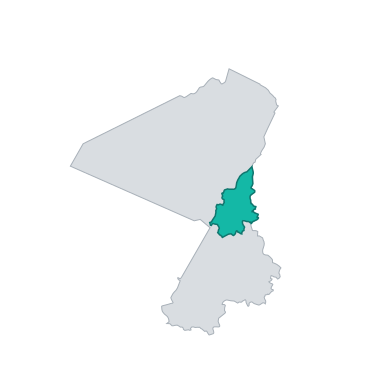 where Mopti sits in Mali, rotated 299°
{"feature_id": "MLI-2809", "entity_name": "Mopti", "entity_type": "Region", "adm_level": 1, "iso_a3": "MLI", "parent_name": "Mali", "parent_adm1": "", "projection": "orthographic", "projection_center": [-3.546, 14.53], "detail": "fine", "context": "in_parent", "style": "filled", "palette": "teal", "viewbox_px": 384, "rotation_deg": 299, "n_neighbors": 0, "source": "natural_earth", "source_scale": "10m", "svg_char_len": 6221}
<svg xmlns="http://www.w3.org/2000/svg" viewBox="0 0 384 384"><g transform="rotate(299 192 192)"><path d="M77.2,272.9L77.3,271.7L76.3,270.8L76.3,270.4L77.0,266.9L76.9,266.0L77.4,264.2L76.8,263.4L76.6,262.8L75.1,260.5L74.6,258.5L73.8,257.2L71.9,256.8L71.2,257.8L70.8,258.0L70.1,257.2L69.8,256.5L69.9,255.9L67.5,252.8L67.7,251.1L68.7,250.3L69.1,248.9L68.2,247.3L68.4,245.7L68.4,243.6L67.0,241.6L66.1,240.7L65.3,239.4L66.1,236.4L64.7,233.7L67.4,234.8L68.7,233.9L70.0,232.7L71.1,231.0L71.6,228.8L71.9,227.0L73.1,224.1L74.4,222.8L77.2,220.9L77.9,221.1L82.1,225.5L84.5,227.8L85.4,229.0L86.2,229.0L87.5,226.9L88.9,225.1L89.4,224.7L93.8,224.6L96.1,225.0L98.1,225.6L101.0,225.8L108.7,224.7L108.8,223.8L108.7,222.8L109.1,222.0L109.7,221.3L110.3,221.2L110.4,223.7L111.1,224.0L112.9,224.2L169.5,225.1L172.0,212.5L167.9,207.9L155.6,73.1L181.4,73.4L185.8,76.4L270.3,134.6L270.8,136.5L270.7,139.2L271.4,139.9L272.7,140.8L277.5,143.2L277.9,143.7L278.1,144.7L278.8,146.0L279.8,146.7L281.0,147.3L282.5,147.6L286.8,147.9L287.8,148.5L289.7,150.8L290.8,151.2L296.7,152.3L298.6,152.9L300.8,153.9L301.9,154.8L302.0,158.5L302.9,160.9L302.9,161.5L302.0,162.5L301.8,163.2L300.8,165.1L301.1,165.9L303.2,167.2L304.2,167.6L305.4,167.6L317.7,164.7L319.3,199.1L318.8,199.7L318.8,205.8L318.0,209.4L316.4,212.1L315.5,216.1L315.0,216.9L314.6,219.2L313.7,220.6L312.1,221.1L309.2,223.8L309.1,225.8L302.2,224.9L301.7,224.9L301.4,225.2L301.3,226.3L283.7,227.4L275.1,228.1L269.7,232.8L266.2,233.3L261.8,233.0L259.5,233.1L258.6,233.3L258.4,234.2L251.4,231.9L248.8,232.7L248.3,232.5L248.0,232.0L246.7,231.7L244.7,231.8L243.2,232.2L238.8,235.9L236.4,236.9L231.9,239.1L228.8,241.0L227.7,241.4L225.9,241.5L224.5,241.9L223.2,246.1L222.3,246.5L217.0,244.9L215.9,245.1L214.9,245.6L212.0,248.1L210.5,250.1L209.7,252.7L209.8,254.5L209.3,255.0L207.9,255.1L205.4,254.6L204.6,254.8L204.3,256.1L204.4,259.0L203.8,260.9L202.3,261.5L201.2,262.2L200.3,262.5L199.5,262.3L195.2,259.4L193.7,258.9L192.1,259.2L190.5,260.5L187.7,263.5L188.0,264.5L188.8,265.8L189.3,267.3L189.3,268.7L185.3,270.6L186.2,272.1L186.1,276.0L184.3,277.8L183.6,278.9L181.9,280.2L180.3,280.9L175.5,281.9L173.5,283.1L172.6,284.1L172.3,285.2L172.5,286.5L173.5,289.0L173.1,291.4L172.3,294.1L171.6,295.3L169.3,296.7L169.6,298.5L169.8,301.1L169.4,304.4L168.7,306.6L168.2,306.4L166.0,306.5L163.7,307.1L162.8,307.7L162.6,308.5L160.6,310.2L159.3,310.1L158.1,309.6L157.4,309.1L157.4,308.8L158.1,307.4L158.2,306.9L157.4,304.4L157.6,303.7L157.3,301.8L157.1,301.7L154.5,302.5L154.4,302.9L154.8,304.1L154.5,304.3L153.6,304.3L152.3,303.9L150.9,302.7L150.5,303.1L150.4,304.0L150.3,305.0L150.6,307.0L150.2,307.6L148.0,307.5L146.2,307.7L145.7,308.4L145.5,309.1L145.9,310.0L145.9,310.3L145.1,310.9L144.7,310.8L143.7,309.9L139.6,308.9L139.3,307.6L138.8,307.6L137.5,306.0L137.0,306.0L136.5,306.3L135.0,306.1L133.6,307.5L132.5,309.2L131.4,309.9L129.7,310.3L130.0,309.2L129.5,307.7L126.0,305.8L125.4,305.0L124.6,300.8L124.6,299.5L124.9,298.4L124.8,297.6L124.4,296.9L123.4,296.2L122.3,295.9L120.9,296.7L120.2,296.9L119.6,296.8L119.3,296.5L119.3,296.1L120.9,293.8L121.6,292.9L123.1,291.8L123.5,291.3L123.6,290.8L123.4,290.5L122.5,290.1L120.9,289.0L120.1,288.9L119.4,288.4L118.7,286.7L118.4,286.4L117.7,286.2L117.0,285.8L117.1,281.8L115.7,278.7L114.5,274.9L113.8,274.0L112.6,273.2L111.1,272.6L109.8,272.5L108.3,272.8L108.3,273.2L109.1,274.4L109.2,275.1L109.1,275.8L108.8,276.2L106.8,276.6L104.1,277.9L103.2,279.5L102.5,279.7L101.5,279.4L94.5,276.5L91.5,277.6L89.5,279.9L89.0,280.7L88.1,281.3L87.6,281.3L87.0,280.9L85.1,277.2L84.2,276.3L83.1,276.2L82.1,276.8L81.1,278.0L79.8,279.1L79.0,279.4L78.3,279.2L75.5,276.6L75.3,276.1L76.7,273.3L77.2,272.9Z" fill="#d9dde1" stroke="#a8b0b8" stroke-width="1"/><path d="M238.9,236.0L238.3,236.3L237.8,236.6L234.8,237.3L234.1,237.7L228.8,241.2L227.7,241.4L226.6,241.5L225.3,241.4L224.6,241.5L224.1,241.7L224.0,242.1L223.7,246.0L223.5,246.3L222.8,246.7L222.5,246.8L222.2,246.9L221.7,246.7L218.1,245.0L216.9,244.8L216.0,245.0L214.8,245.7L214.4,246.0L213.6,247.0L213.3,247.3L211.0,248.6L210.6,249.3L210.8,249.4L210.2,251.5L209.9,251.9L209.6,252.5L209.7,253.4L210.2,254.9L209.6,255.1L209.1,255.3L208.8,255.3L208.7,255.2L208.2,255.1L207.9,255.3L207.7,255.6L207.4,255.4L207.3,255.2L207.2,255.0L207.0,254.7L206.6,254.5L206.2,254.5L205.9,254.6L205.5,254.5L204.8,254.0L204.3,253.9L204.0,254.2L204.4,254.4L204.5,254.8L204.4,255.7L204.3,256.1L204.1,256.7L204.6,260.7L204.4,260.8L201.9,261.0L201.5,261.1L201.5,261.6L201.6,262.1L201.7,262.4L201.5,262.7L201.3,262.7L201.1,262.7L200.5,262.6L200.1,262.6L199.9,262.5L199.6,262.2L199.3,262.2L199.2,262.2L197.9,261.2L197.2,260.8L196.0,259.8L195.7,259.7L195.1,259.5L194.6,259.3L194.3,259.3L194.0,259.3L193.7,259.3L193.3,259.2L193.1,259.0L193.3,258.8L193.5,258.8L193.8,258.5L193.9,258.4L194.1,258.4L194.2,258.1L193.7,258.0L193.5,257.9L193.4,257.6L193.5,257.4L193.6,255.8L192.7,254.1L192.3,251.9L191.6,250.5L191.1,250.3L190.3,250.5L188.5,251.9L187.1,254.3L186.8,255.0L186.1,255.1L184.9,255.3L183.5,256.1L182.8,255.6L182.4,255.2L182.2,255.1L181.4,255.3L180.9,255.2L180.4,255.3L179.5,255.9L179.2,255.1L179.2,254.2L179.5,252.8L179.1,252.1L179.1,251.6L179.6,251.2L179.8,250.4L179.6,249.8L178.9,249.7L176.5,250.1L175.3,249.9L174.1,249.4L174.0,248.6L174.4,246.5L172.9,244.4L172.0,243.8L169.4,242.1L167.0,240.6L167.1,240.2L167.7,239.7L167.8,238.5L168.1,238.1L168.0,237.6L167.9,236.9L168.5,235.6L168.9,234.2L169.6,234.2L172.0,233.5L173.2,233.6L174.2,232.8L175.3,230.9L175.9,230.0L175.0,227.4L174.6,225.6L174.3,225.3L173.8,225.2L172.1,225.1L171.9,224.2L172.9,223.3L173.9,222.3L175.1,223.4L176.0,223.5L177.4,223.5L179.8,223.7L182.3,223.9L186.0,222.7L187.1,221.9L189.3,221.7L190.4,220.5L190.9,220.2L192.1,220.0L193.2,220.0L193.7,221.4L195.0,222.4L195.3,223.5L195.4,225.3L197.1,225.1L198.5,225.3L199.2,224.6L200.3,224.1L200.9,223.6L200.7,222.2L201.0,221.5L201.9,220.8L203.3,220.8L204.7,219.3L205.3,218.8L205.9,219.1L206.0,219.8L207.8,219.7L209.0,219.4L209.6,219.5L210.5,220.3L212.0,221.7L212.3,222.9L213.9,225.8L214.7,227.3L215.7,228.0L217.0,228.3L218.8,227.7L221.7,226.6L224.1,226.3L225.3,226.2L226.8,226.3L228.8,226.2L231.8,227.1L233.5,227.9L234.8,228.8L236.2,230.2L243.1,232.1L242.9,232.2L242.1,233.1L238.9,236.0Z" fill="#14b8a6" stroke="#0f766e" stroke-width="1.5"/></g></svg>